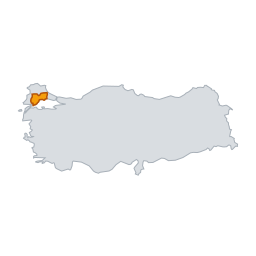 Turkey, with Tekirdag highlighted, rotated 3°
{"feature_id": "TUR-2242", "entity_name": "Tekirdag", "entity_type": "Province", "adm_level": 1, "iso_a3": "TUR", "parent_name": "Turkey", "parent_adm1": "", "projection": "albers", "projection_center": [27.493, 41.027], "detail": "fine", "context": "in_parent", "style": "filled", "palette": "amber", "viewbox_px": 256, "rotation_deg": 3, "n_neighbors": 0, "source": "natural_earth", "source_scale": "10m", "svg_char_len": 4330}
<svg xmlns="http://www.w3.org/2000/svg" viewBox="0 0 256 256"><g transform="rotate(3 128 128)"><path d="M190.7,84.3L194.3,85.0L195.3,83.9L198.4,83.5L201.3,83.7L202.4,81.4L204.4,81.3L205.0,82.3L205.9,82.5L209.3,84.5L209.0,84.9L209.9,85.7L212.4,85.9L212.9,87.2L215.2,88.8L216.7,91.6L216.5,93.8L215.7,95.3L218.1,99.6L217.7,100.2L221.0,101.1L224.8,100.1L226.1,100.6L230.5,103.4L231.7,104.6L228.8,103.4L227.7,105.1L227.6,108.8L223.7,110.2L224.8,112.4L226.1,113.2L226.1,115.5L226.6,116.3L228.0,117.5L228.2,119.4L229.0,121.4L229.5,123.8L231.4,124.3L230.8,125.5L229.9,130.9L230.1,131.3L231.4,131.1L234.7,132.9L234.4,133.7L235.3,136.8L238.3,138.4L238.1,139.5L238.3,140.6L236.4,140.5L233.3,144.0L232.8,144.1L232.1,143.2L231.5,140.4L230.5,139.8L229.3,139.8L227.5,141.5L225.6,141.8L223.8,141.9L218.6,141.0L216.9,142.0L214.9,141.6L211.9,145.7L210.8,146.2L210.0,144.6L208.6,143.8L207.1,145.4L201.1,148.1L198.3,148.9L194.7,148.9L191.8,149.5L184.4,154.6L177.0,157.7L170.1,158.5L166.0,156.5L163.0,156.3L154.7,161.1L150.3,161.5L148.7,160.1L145.4,159.8L144.8,161.3L144.5,164.9L146.0,168.1L144.1,168.5L143.0,169.3L142.9,171.8L141.3,172.9L140.9,174.4L140.5,174.5L137.7,173.5L138.3,172.3L136.1,167.9L136.9,166.5L140.1,162.4L139.8,160.3L138.1,159.0L133.8,162.1L133.5,163.2L132.5,164.1L130.9,164.5L122.5,161.7L118.0,165.2L114.3,170.0L111.4,171.9L102.4,173.7L100.9,174.7L97.7,173.9L95.8,172.8L91.3,167.9L83.3,164.5L75.0,163.9L74.3,164.9L74.1,168.8L72.9,172.6L72.2,173.0L70.4,172.1L64.0,174.5L58.5,172.2L57.5,171.2L56.2,166.9L55.4,166.6L54.5,167.2L53.6,167.2L49.7,165.4L47.5,165.3L46.3,167.1L44.2,167.9L44.2,167.3L45.0,166.2L41.7,166.4L39.9,167.3L37.6,166.8L37.7,166.3L39.6,165.7L44.0,165.0L46.8,162.1L36.3,162.3L35.3,162.9L35.2,161.4L35.8,160.7L38.5,160.2L38.3,158.9L36.7,157.6L34.8,156.9L34.0,153.7L33.1,153.0L33.2,152.5L34.9,152.0L35.3,149.7L35.0,148.3L31.7,147.0L31.0,147.1L30.1,145.9L28.7,145.0L27.6,145.7L24.2,143.8L24.9,142.5L25.7,142.5L25.8,141.5L25.2,139.7L25.3,138.8L26.0,138.5L26.8,138.7L27.7,139.8L27.7,141.8L28.6,143.0L29.3,141.8L30.8,142.5L33.5,141.9L34.0,141.4L32.0,141.4L31.3,140.9L29.7,137.6L31.4,136.6L32.6,135.0L30.3,133.9L30.8,131.7L28.9,129.1L31.5,125.8L31.3,125.3L30.5,125.1L22.5,126.4L22.4,124.9L23.0,123.7L23.0,120.5L23.3,118.8L24.8,118.3L26.7,115.8L29.6,112.9L32.7,113.0L33.9,112.1L35.7,112.1L36.2,113.3L37.8,114.1L40.6,114.0L42.0,113.2L40.7,111.7L42.3,111.3L43.5,111.6L42.9,113.2L43.3,113.3L46.9,112.8L50.7,113.2L54.9,112.9L55.4,112.4L52.4,110.9L54.3,109.4L55.3,109.1L64.1,107.6L64.1,107.3L58.7,106.7L55.9,104.9L55.2,103.9L55.6,101.4L56.2,100.8L58.1,100.6L64.7,101.6L69.4,100.8L74.6,102.2L79.4,101.7L80.4,100.9L81.5,98.5L88.2,94.2L90.5,92.0L100.9,87.4L116.8,86.9L119.5,85.1L121.1,85.5L120.8,86.6L120.9,87.5L123.0,89.7L126.0,90.8L129.8,89.3L131.3,89.6L133.0,93.2L135.7,95.1L136.9,95.2L138.3,93.7L139.7,93.4L142.1,94.5L143.1,95.7L150.9,96.3L152.6,97.3L157.9,97.8L169.0,93.6L173.4,94.8L177.0,94.9L178.5,94.4L182.8,91.6L184.0,90.2L186.7,88.7L189.9,85.8L190.7,84.3ZM43.7,90.0L43.4,91.6L44.1,93.5L45.7,96.0L47.4,97.3L55.2,100.6L54.2,103.9L52.2,104.4L45.5,102.9L42.8,104.3L40.8,104.0L38.1,104.5L37.3,106.5L35.4,108.7L30.0,111.5L25.0,116.9L23.6,117.6L24.3,115.7L24.2,114.1L26.4,112.2L29.5,110.8L30.3,109.6L22.6,109.7L21.9,108.0L22.7,107.7L25.2,104.7L25.5,103.5L25.3,100.6L28.3,98.9L28.5,98.2L28.1,95.3L25.2,93.6L25.3,92.8L27.3,92.0L28.5,90.0L31.4,89.6L32.8,88.7L35.3,88.2L38.5,90.7L42.2,89.7L43.7,90.0ZM21.0,116.6L18.4,117.0L17.7,116.6L18.5,115.7L20.5,115.1L21.1,116.0L21.0,116.6Z" fill="#d9dde1" stroke="#a8b0b8" stroke-width="1"/><path d="M45.5,102.9L45.4,102.9L44.9,103.1L44.7,103.1L44.1,103.4L43.8,103.5L43.6,103.7L43.5,103.8L43.2,104.2L43.2,104.4L43.2,104.5L42.1,104.5L41.9,104.3L41.8,104.2L41.6,104.1L41.2,104.0L40.7,104.0L38.4,104.3L38.0,104.5L37.8,105.0L37.5,106.2L37.3,106.6L36.2,107.6L35.8,108.5L34.8,109.2L34.7,109.3L34.6,109.5L34.4,109.6L34.1,109.6L33.8,109.8L33.3,109.8L33.1,109.8L32.9,110.0L32.6,110.4L32.4,110.5L32.2,110.6L31.8,109.5L31.8,108.3L30.2,108.1L29.9,107.2L29.5,106.3L29.5,105.1L29.7,104.0L30.0,103.2L30.6,102.5L30.7,101.6L30.7,99.6L30.5,99.3L32.2,98.9L34.0,98.8L35.3,98.8L35.9,99.2L36.4,99.9L37.0,100.3L37.7,100.1L38.3,99.6L38.7,98.8L39.2,98.0L40.3,97.7L41.5,97.4L43.4,97.2L45.3,96.9L45.6,98.0L45.7,98.9L45.4,100.1L45.2,101.0L45.4,102.1L45.5,102.9Z" fill="#f59e0b" stroke="#b45309" stroke-width="1.5"/></g></svg>